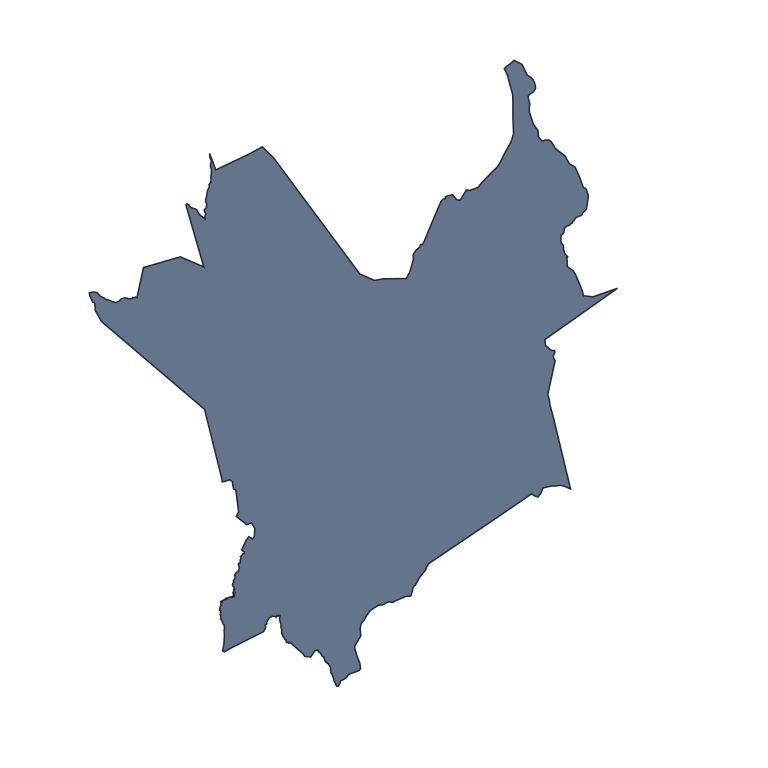 Heroica Ciudad de Tlaxiaco, Oaxaca, Mexico, rotated 162°
{"feature_id": "50627088B37412880496873", "entity_name": "Heroica Ciudad de Tlaxiaco", "entity_type": "district", "adm_level": 2, "iso_a3": "MEX", "parent_name": "Mexico", "parent_adm1": "Oaxaca", "projection": "natural_earth1", "projection_center": [-97.668, 17.235], "detail": "fine", "context": "isolated", "style": "filled", "palette": "slate", "viewbox_px": 768, "rotation_deg": 162, "n_neighbors": 0, "source": "geoboundaries", "source_scale": "gbopen_adm2", "svg_char_len": 6171}
<svg xmlns="http://www.w3.org/2000/svg" viewBox="0 0 768 768"><g transform="rotate(162 384 384)"><path d="M478.6,657.2L479.6,653.5L479.2,649.5L481.4,646.1L481.9,644.0L481.7,641.8L482.7,638.9L484.9,633.8L485.3,631.9L485.8,630.5L486.8,628.9L488.8,627.9L489.2,625.7L490.3,624.2L491.3,623.4L492.9,621.1L495.5,616.0L496.3,615.1L497.4,612.1L496.8,609.8L497.7,608.7L498.4,606.6L501.0,605.3L501.6,604.0L501.1,602.2L501.1,600.9L502.4,598.9L503.4,596.3L504.9,599.2L506.1,600.4L506.8,601.6L507.6,604.0L508.2,607.4L509.2,608.7L510.8,609.7L513.3,611.8L514.1,614.6L515.7,616.3L517.1,615.6L519.2,551.0L538.4,567.9L576.7,569.1L592.3,542.5L593.4,543.4L595.0,543.4L596.2,543.9L597.3,543.3L600.5,543.7L601.9,545.1L604.2,546.1L607.2,546.3L610.4,544.7L613.0,544.3L614.4,544.5L615.4,545.4L617.1,546.4L620.0,549.0L623.0,551.0L623.7,552.5L626.5,554.8L627.7,557.2L628.1,558.7L629.2,560.0L632.1,561.3L636.0,562.0L636.6,559.2L635.9,554.2L635.8,552.0L634.4,550.9L634.3,549.4L634.8,547.9L635.1,545.7L635.8,544.2L635.9,542.6L635.0,539.4L633.6,531.4L632.5,529.2L562.5,415.4L567.4,345.8L568.1,340.8L560.1,340.5L558.3,337.8L559.0,335.3L559.5,330.6L559.0,329.9L557.7,329.2L561.0,311.3L561.8,307.4L565.4,303.6L557.9,292.6L553.0,292.9L551.5,286.9L554.3,279.1L556.9,277.4L559.8,280.6L563.5,277.9L569.6,271.3L570.6,270.5L570.1,269.0L568.9,267.7L568.8,267.1L569.7,265.9L570.6,266.1L572.5,264.8L573.4,264.4L573.0,264.2L575.5,260.4L575.3,259.8L575.8,259.1L576.1,258.1L577.8,258.4L578.3,257.5L578.4,254.3L578.9,252.9L579.7,251.8L580.3,251.5L580.4,250.4L582.0,250.6L582.7,250.3L584.6,249.0L585.2,248.2L585.1,246.8L585.3,246.2L587.1,244.1L587.8,243.9L588.2,243.4L587.9,242.1L589.3,241.2L590.2,239.9L590.3,238.6L589.3,236.9L589.6,235.9L590.4,235.1L590.2,234.6L589.7,234.5L589.6,234.3L590.2,233.8L591.2,233.3L592.3,232.1L592.2,231.5L590.5,231.2L591.3,230.6L592.2,230.4L592.3,229.4L592.0,228.9L591.6,228.9L591.7,228.5L592.1,228.2L592.4,228.9L592.5,228.9L592.2,228.3L592.8,228.3L593.1,228.0L594.0,227.9L594.3,227.9L594.0,228.9L595.5,228.9L596.2,228.6L597.1,229.1L597.3,228.8L598.6,228.4L599.3,229.0L599.5,228.6L600.2,228.4L600.5,228.9L600.8,229.0L601.1,228.6L600.8,227.9L601.0,227.9L601.4,228.7L601.9,228.3L602.8,228.3L604.2,227.8L604.2,227.4L605.4,227.8L605.7,227.5L605.7,226.8L606.4,227.4L606.5,226.4L607.1,225.8L607.4,224.7L607.4,223.9L608.0,223.5L609.2,221.9L609.2,221.4L610.0,220.7L609.7,220.3L609.8,220.0L610.2,219.7L609.5,219.0L609.4,218.6L610.1,217.6L610.1,216.9L610.7,215.7L611.1,215.5L611.1,215.0L610.8,214.5L611.4,212.8L611.6,210.8L611.9,210.7L611.3,209.2L611.4,208.9L611.1,207.9L611.4,207.5L611.4,206.8L611.1,206.1L611.1,204.9L610.5,204.5L610.6,203.5L611.0,202.5L610.9,201.4L611.3,200.6L611.5,200.5L611.8,199.7L612.1,199.5L613.6,193.9L616.6,186.2L619.9,180.1L618.7,178.6L611.9,180.0L575.2,185.7L574.7,185.9L574.6,186.5L572.7,187.7L571.5,189.6L571.5,191.1L571.2,191.7L570.8,192.0L570.5,191.7L569.8,192.0L569.4,192.4L569.3,193.6L565.2,197.1L562.1,197.7L561.1,197.4L559.1,196.1L558.8,195.5L557.9,197.0L557.6,197.1L557.6,196.3L556.6,196.2L555.5,196.6L555.2,196.3L555.6,195.9L554.4,195.9L554.6,195.6L554.8,194.9L556.2,192.4L556.2,188.4L556.4,188.2L556.2,187.6L556.6,185.6L556.9,185.5L557.3,183.2L557.1,183.0L557.2,181.3L558.2,179.7L558.1,179.0L558.5,178.2L558.1,177.5L558.2,177.2L558.0,175.0L557.7,174.7L557.2,171.9L556.8,171.3L556.5,170.4L556.7,168.8L556.2,168.1L555.6,168.1L554.6,166.7L553.2,167.3L544.1,151.8L543.6,149.4L538.1,147.0L531.8,151.8L529.5,151.3L529.2,151.4L529.0,149.7L527.2,147.1L527.3,146.2L527.1,145.8L527.1,144.9L526.2,143.3L525.5,142.5L525.4,142.2L525.8,141.5L525.8,140.7L525.5,140.3L525.7,139.1L525.0,136.9L524.5,137.2L524.5,136.6L523.6,135.2L522.4,131.2L523.4,127.8L523.7,125.4L523.1,124.6L523.0,118.9L523.3,117.4L523.1,115.9L522.7,114.8L522.7,112.5L522.2,111.0L520.8,110.8L518.0,113.3L517.2,115.1L513.7,115.5L510.4,116.4L507.5,118.7L496.0,119.2L494.1,120.9L493.2,126.2L493.8,133.0L493.5,141.2L492.9,143.6L483.8,151.7L482.4,158.4L481.3,160.3L480.8,162.0L478.0,164.5L476.3,165.2L472.6,168.6L467.6,172.5L464.0,173.7L458.1,175.2L455.3,174.9L453.8,174.3L448.5,175.3L446.6,175.3L443.0,173.5L441.1,174.1L429.3,175.3L424.0,174.1L420.9,178.3L419.7,180.8L418.0,182.4L416.4,182.9L410.1,188.9L401.7,194.4L399.3,197.7L396.0,199.6L321.4,221.0L277.3,234.0L275.9,231.4L272.4,228.9L268.7,231.4L265.0,236.0L256.3,235.2L251.6,233.8L247.5,233.1L243.9,230.9L239.0,226.5L233.3,299.0L232.6,313.1L231.5,318.2L231.7,323.0L214.0,353.3L214.5,355.2L214.6,356.5L214.1,358.4L213.2,359.8L211.9,361.1L211.4,362.3L211.9,363.5L213.6,363.8L215.7,365.7L216.5,368.0L217.4,368.9L218.4,370.9L217.5,375.3L217.4,376.5L132.4,402.9L158.3,402.3L167.0,406.3L166.6,410.9L167.1,418.1L168.0,428.6L169.2,433.4L173.5,439.2L171.5,445.2L171.1,447.7L170.0,448.0L171.9,452.8L171.5,455.6L171.6,457.4L170.9,458.6L170.6,460.6L171.8,463.3L171.5,465.5L170.2,469.6L169.1,470.8L166.3,472.3L164.3,476.0L163.5,476.8L161.8,477.6L158.7,477.7L157.0,478.6L155.4,478.8L154.3,480.0L153.0,480.6L149.8,483.0L146.6,483.3L144.9,483.2L143.5,483.5L142.1,485.3L138.7,487.0L137.3,488.2L136.3,489.9L131.4,499.8L131.4,506.7L132.2,508.0L133.7,509.1L134.1,520.9L135.2,530.9L136.1,532.3L137.4,533.8L139.1,535.4L140.0,537.4L141.1,544.3L143.7,548.5L146.6,552.4L148.4,555.5L148.6,557.3L150.0,562.5L151.5,565.0L155.7,566.3L157.6,565.9L158.6,566.2L159.6,568.4L160.6,571.5L159.5,576.1L159.3,578.0L160.9,582.5L161.6,584.8L161.7,597.2L160.8,600.9L158.7,605.7L158.7,609.0L158.2,612.3L157.4,613.8L154.9,614.8L152.9,615.2L151.2,616.0L148.7,617.9L148.0,620.1L147.7,624.1L148.1,627.0L149.5,630.1L151.1,632.0L152.4,633.9L153.9,645.3L160.3,651.6L164.3,649.7L169.0,648.4L172.2,646.6L171.1,640.2L171.7,631.9L172.2,619.4L174.3,612.3L179.3,596.9L183.4,582.2L187.0,576.8L189.3,574.2L197.4,566.7L204.5,559.4L208.5,555.9L211.5,554.2L213.2,553.5L228.4,545.6L233.8,541.9L242.7,541.6L245.7,543.1L254.6,535.3L257.8,536.6L260.4,542.9L266.1,543.3L268.0,542.8L268.3,541.5L270.3,541.6L273.2,540.2L284.6,527.3L302.2,506.7L304.0,505.0L306.3,505.3L307.9,503.1L311.4,501.8L314.9,499.2L316.5,497.6L317.6,493.3L319.8,490.1L324.6,483.0L330.1,477.4L352.2,484.3L361.0,485.4L373.0,496.1L419.2,633.4L426.4,647.1L441.2,644.4L477.8,639.6L478.6,657.2Z" fill="#64748b" stroke="#1e293b" stroke-width="1.5"/></g></svg>